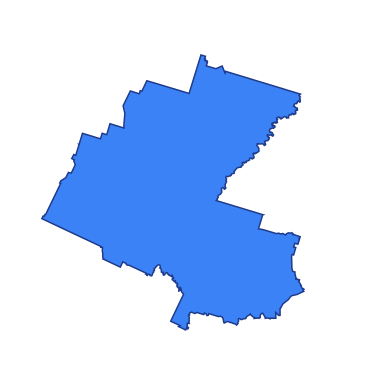 the district of Greater Bendigo, Victoria, Australia, rotated 17°
{"feature_id": "25037944B4073485904680", "entity_name": "Greater Bendigo", "entity_type": "district", "adm_level": 2, "iso_a3": "AUS", "parent_name": "Australia", "parent_adm1": "Victoria", "projection": "robinson", "projection_center": [144.51, -36.723], "detail": "fine", "context": "isolated", "style": "filled", "palette": "blue", "viewbox_px": 384, "rotation_deg": 17, "n_neighbors": 0, "source": "geoboundaries", "source_scale": "gbopen_adm2", "svg_char_len": 6054}
<svg xmlns="http://www.w3.org/2000/svg" viewBox="0 0 384 384"><g transform="rotate(17 192 192)"><path d="M160.5,58.3L160.4,98.6L116.3,98.8L114.6,110.2L112.9,110.2L112.9,113.5L103.5,113.4L100.9,129.7L104.8,136.4L107.2,147.7L108.2,150.7L93.6,150.7L93.7,162.1L88.9,162.1L88.9,167.9L70.1,167.9L70.1,179.6L69.8,179.6L70.1,179.9L70.1,191.0L68.0,190.7L67.2,195.2L70.0,195.6L69.8,196.7L72.4,200.1L71.0,209.3L68.1,209.4L67.1,215.3L63.4,219.5L62.9,222.1L63.9,222.2L58.6,256.4L58.0,256.4L57.6,258.6L56.7,258.5L56.2,261.4L120.8,270.7L120.9,271.6L122.6,271.1L123.4,274.5L124.7,277.0L125.3,279.2L126.6,282.2L127.4,281.9L127.5,282.2L145.4,284.8L146.3,279.1L150.0,279.6L150.4,280.6L151.5,280.8L153.8,280.5L172.3,283.1L171.8,284.0L172.5,284.0L173.1,284.9L173.8,284.8L173.9,284.2L174.7,283.1L175.8,283.3L176.2,284.1L177.7,284.1L178.0,283.9L178.2,283.1L178.2,280.8L178.8,279.5L178.3,278.5L179.0,277.9L178.2,276.2L179.3,275.1L179.3,274.0L179.7,273.7L180.7,271.8L181.5,271.3L182.9,271.5L183.7,273.0L183.4,274.1L184.4,274.3L185.3,275.1L185.3,275.7L186.0,276.3L186.0,277.4L187.4,277.9L188.1,277.3L188.7,279.7L189.3,279.8L190.0,279.3L189.9,278.6L190.7,277.8L190.7,277.1L191.5,276.3L192.8,276.9L192.8,277.4L193.4,277.9L194.0,278.2L194.7,277.9L195.2,278.5L196.0,278.4L196.8,278.7L197.3,277.4L197.6,277.6L198.0,278.9L198.4,278.8L198.9,279.5L199.6,279.6L199.6,279.9L198.6,280.6L198.5,281.2L198.7,281.7L200.4,282.0L200.7,282.6L201.4,282.9L202.1,281.9L203.0,283.7L204.7,283.6L204.7,284.0L205.2,284.3L204.7,285.3L205.4,285.8L205.2,286.3L205.7,286.3L206.0,287.3L208.1,288.2L208.0,289.2L208.3,290.5L208.9,290.1L209.8,288.7L208.4,287.0L208.4,286.7L208.9,286.6L209.8,287.8L211.1,290.4L213.8,292.3L209.4,321.8L219.7,323.3L218.5,324.6L224.7,325.5L225.0,325.7L226.3,325.7L226.7,324.3L228.0,324.2L228.3,323.2L228.3,322.8L227.9,322.5L226.5,322.7L226.5,320.5L225.8,319.0L226.8,318.5L227.8,318.6L227.9,318.3L227.0,317.5L227.1,316.0L226.6,315.4L226.2,313.0L224.9,311.6L225.7,310.8L225.6,310.4L224.8,309.9L225.3,308.9L225.3,308.1L226.7,307.0L230.2,307.4L230.8,307.0L231.6,305.8L239.1,305.8L239.2,304.1L241.0,304.4L242.5,305.8L243.6,305.1L243.6,303.4L253.8,303.4L255.1,302.6L257.2,302.7L258.9,304.0L259.3,305.3L259.9,305.7L260.1,306.8L261.1,307.9L263.2,305.8L265.0,305.3L266.1,305.6L267.1,305.6L267.5,305.2L269.0,305.6L272.0,305.6L273.6,306.2L274.5,304.1L274.1,303.6L274.1,302.5L274.3,301.8L273.5,299.7L274.6,299.1L276.0,299.6L276.9,299.5L277.7,298.6L280.4,297.3L280.5,296.1L281.1,294.5L282.5,293.2L283.4,291.8L283.6,292.4L284.7,292.4L286.3,293.4L288.7,293.9L288.5,294.7L292.9,292.9L293.1,293.1L294.0,292.0L293.6,291.1L293.3,289.0L294.9,287.2L298.2,290.0L299.0,291.4L300.7,290.4L303.8,290.4L303.8,289.8L309.1,288.2L307.3,282.8L311.0,284.7L312.3,284.2L310.3,277.8L310.7,277.2L311.6,272.5L315.6,266.8L316.7,263.6L317.6,262.1L322.4,259.3L327.8,254.4L326.9,254.1L327.6,252.3L326.5,251.9L326.2,252.3L325.5,251.9L323.3,249.6L323.6,249.3L320.1,246.2L320.5,246.1L320.5,244.6L317.3,244.6L316.9,245.1L316.6,244.9L317.2,244.1L316.3,243.4L314.2,239.8L313.9,238.4L311.4,238.4L309.8,235.5L306.1,224.7L305.9,222.5L307.6,222.5L307.5,214.7L305.3,214.9L305.3,211.0L308.5,211.0L308.6,206.0L307.8,205.1L308.6,204.6L308.5,203.1L302.1,203.0L300.9,203.3L301.0,202.5L300.6,202.5L299.4,201.7L298.1,202.6L296.3,202.8L295.5,203.4L294.6,204.2L294.0,205.8L290.9,205.1L289.9,205.8L288.8,206.2L286.9,206.0L285.0,207.1L270.6,207.2L266.3,207.8L266.3,193.2L266.6,193.0L217.7,193.1L218.3,191.8L218.1,190.6L218.3,190.4L218.6,189.3L218.0,188.6L218.2,187.5L219.9,185.7L220.5,183.8L220.0,181.9L219.1,180.3L219.9,178.9L220.4,178.7L222.1,179.3L222.0,179.8L222.4,179.8L223.2,178.2L222.2,177.3L221.5,174.8L222.0,172.0L221.1,171.3L221.4,170.4L221.2,169.4L220.1,168.4L220.1,167.1L221.9,166.8L222.8,165.9L224.1,165.3L224.6,164.6L224.3,164.0L224.6,163.0L226.8,161.9L226.7,160.8L226.1,159.9L226.7,159.3L227.8,156.3L228.3,155.6L230.3,154.4L231.5,154.1L231.7,153.6L231.4,153.0L232.8,151.6L232.6,150.7L231.6,150.1L231.7,149.2L232.1,148.7L232.6,148.4L233.1,149.0L233.7,149.0L233.9,148.4L234.8,148.1L235.2,147.6L234.8,147.1L235.1,146.5L236.4,145.9L237.7,144.5L237.2,143.1L238.5,142.1L239.6,142.8L240.1,142.7L241.2,141.3L241.2,140.4L240.3,139.6L239.8,138.0L239.2,137.3L239.8,136.6L241.1,137.0L241.5,136.2L242.2,136.0L242.3,135.5L243.0,135.0L244.1,133.3L243.5,132.4L243.5,131.5L243.3,131.0L242.5,130.0L240.4,128.5L240.4,126.7L241.2,126.4L241.6,126.7L245.2,125.3L246.6,125.5L247.5,126.4L248.1,125.9L248.5,125.0L248.4,124.7L247.4,124.5L247.6,123.6L246.7,122.3L248.2,121.1L249.4,120.8L250.3,118.7L250.0,118.3L250.0,117.4L249.2,117.7L248.9,116.8L247.8,116.6L247.4,115.8L247.4,115.2L249.1,115.1L250.8,114.5L251.2,114.0L251.7,114.6L252.5,115.0L253.2,114.6L253.3,113.6L251.7,112.4L251.5,111.9L250.5,111.6L249.8,112.0L249.4,111.7L248.9,112.0L248.0,110.4L248.3,109.0L248.9,108.6L249.1,108.1L250.5,107.2L251.2,107.3L252.4,105.5L251.7,104.5L251.1,104.7L250.0,104.7L250.0,105.4L249.6,105.5L248.8,104.5L249.4,103.6L248.8,103.7L248.4,103.4L248.8,102.4L250.6,101.4L250.7,101.0L251.2,100.9L251.6,101.6L252.3,101.5L252.6,100.8L253.3,100.6L253.0,99.9L252.5,99.7L252.6,99.1L252.2,98.6L252.5,97.8L251.7,97.7L251.8,96.8L251.4,96.4L252.1,96.0L252.5,95.3L253.2,95.0L253.6,95.4L254.3,95.0L255.1,96.1L255.8,96.1L256.0,95.4L256.6,95.2L257.6,93.5L258.8,92.8L259.5,92.9L259.9,92.5L260.5,92.8L260.8,93.6L262.6,92.9L262.2,92.3L262.4,91.4L262.2,90.1L262.9,89.8L263.3,89.2L264.1,89.4L264.9,87.5L265.5,87.5L266.2,88.3L266.9,88.0L266.7,87.4L267.8,87.3L268.2,86.8L268.2,86.0L267.7,85.5L267.6,84.7L267.1,84.3L267.6,83.7L267.7,83.0L268.4,83.2L268.9,82.9L268.3,81.2L267.8,80.9L267.1,81.2L266.0,80.6L265.5,80.7L264.8,79.9L264.3,80.3L264.0,80.2L264.3,78.1L264.7,77.3L265.9,77.1L266.4,76.4L266.6,75.6L266.2,75.3L266.3,74.9L267.5,73.7L268.8,74.5L269.1,74.2L268.4,71.8L267.6,71.3L267.8,70.8L267.2,69.3L267.4,69.2L266.1,68.4L267.1,66.7L188.8,66.8L188.8,68.6L184.0,62.7L178.8,67.1L168.8,67.2L168.8,63.7L168.5,63.7L168.5,62.4L167.8,62.2L166.6,62.8L166.3,61.8L165.4,61.9L165.4,61.5L166.0,61.1L166.0,60.9L165.2,60.7L165.2,58.3L160.5,58.3Z" fill="#3b82f6" stroke="#1e3a8a" stroke-width="1.5"/></g></svg>